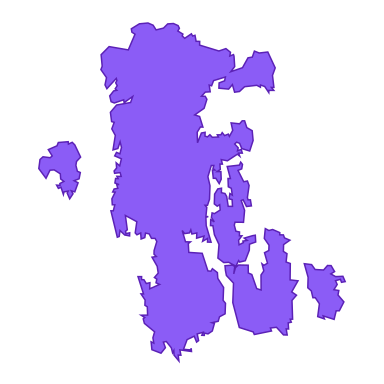 Tjøme nor, Norway
{"feature_id": "86288312B10899957207180", "entity_name": "Tjøme nor", "entity_type": "district", "adm_level": 2, "iso_a3": "NOR", "parent_name": "Norway", "parent_adm1": "", "projection": "equal_earth", "projection_center": [10.411, 59.111], "detail": "fine", "context": "isolated", "style": "filled", "palette": "violet", "viewbox_px": 384, "rotation_deg": 0, "n_neighbors": 0, "source": "geoboundaries", "source_scale": "gbopen_adm2", "svg_char_len": 6013}
<svg xmlns="http://www.w3.org/2000/svg" viewBox="0 0 384 384"><path d="M139.4,23.8L131.3,28.8L131.9,32.2L135.0,34.2L128.3,49.9L109.1,46.6L101.1,54.7L102.2,66.2L100.9,69.6L106.5,77.6L105.0,84.9L106.9,88.7L116.3,78.4L116.9,80.5L115.7,82.8L117.2,85.7L115.2,88.8L116.8,90.3L113.7,90.9L109.7,95.9L111.1,101.7L114.3,103.0L123.7,99.8L124.1,102.6L132.7,96.5L130.6,102.5L116.6,105.0L110.4,112.3L111.6,121.6L114.2,122.3L111.8,128.9L115.3,135.4L113.0,149.9L117.9,148.5L120.1,141.8L121.5,147.4L119.9,153.8L116.5,152.4L114.7,155.9L121.4,158.8L119.7,165.8L116.2,162.8L116.6,168.0L114.1,171.0L114.6,173.3L120.1,172.6L121.2,176.4L116.9,176.3L118.1,178.6L115.6,178.5L114.9,183.0L119.1,184.6L116.7,184.6L117.8,188.3L114.1,189.0L112.7,192.0L115.2,192.1L111.9,198.8L112.3,204.8L114.8,204.8L113.3,210.8L110.9,210.8L117.3,237.2L119.2,236.5L120.0,230.5L124.7,235.0L129.6,235.9L129.7,232.8L126.0,233.6L125.5,231.3L127.3,229.8L125.4,215.5L136.8,221.7L135.2,232.9L136.9,234.8L140.7,233.0L141.1,239.0L144.8,237.6L145.5,233.1L149.2,233.9L151.5,238.4L155.1,238.4L156.8,241.5L154.1,250.5L154.0,254.2L156.3,256.5L152.0,257.2L157.2,266.3L158.2,273.1L154.4,277.5L156.8,279.1L156.0,282.8L159.6,284.4L149.7,288.8L149.9,282.7L146.3,283.5L143.9,279.7L141.5,279.6L141.6,276.6L138.0,276.6L143.5,293.9L141.0,293.9L145.1,300.0L144.9,305.3L147.3,306.8L147.6,315.1L141.1,315.2L144.7,317.5L143.2,318.8L144.4,323.4L154.6,331.8L152.9,337.8L153.8,343.1L151.1,341.8L151.9,349.7L161.0,353.2L165.4,347.7L163.4,342.1L166.3,341.5L171.3,347.8L172.6,352.8L173.8,350.6L174.0,355.1L178.9,361.0L178.2,355.1L180.9,355.2L179.9,349.9L191.5,351.5L191.2,348.3L190.6,349.9L183.5,349.3L187.1,339.6L194.2,336.2L196.6,342.1L198.6,340.6L197.2,333.9L203.1,332.3L201.8,335.3L204.3,335.4L204.3,333.1L208.0,333.9L212.3,331.0L214.4,323.5L212.0,322.7L218.2,321.3L219.5,316.8L225.1,313.8L225.5,303.3L223.1,300.3L223.6,287.5L217.8,278.4L217.4,272.6L212.4,268.7L210.9,271.2L207.9,270.9L202.2,253.3L188.8,252.4L188.3,243.6L190.4,241.9L185.5,241.8L182.2,230.5L184.6,233.6L189.5,232.9L190.8,229.9L191.9,234.0L196.8,233.0L196.6,238.2L204.0,236.1L202.6,241.3L207.6,238.4L207.5,242.1L211.1,242.2L206.2,225.6L205.9,217.3L208.3,216.6L205.9,216.5L206.8,207.5L205.1,205.3L207.5,205.3L209.5,199.3L210.0,185.8L207.9,176.7L211.3,165.5L213.8,165.5L213.0,168.5L214.8,170.0L212.4,170.0L213.3,178.3L215.8,178.3L219.2,183.6L221.2,179.2L220.9,171.6L217.2,171.6L220.3,169.4L219.9,164.1L222.4,164.1L221.3,159.6L227.4,160.8L237.4,154.2L239.7,156.1L238.6,153.1L242.3,153.1L241.2,149.4L237.5,150.8L238.2,147.8L234.7,144.0L236.6,142.2L239.6,143.3L241.8,148.6L249.7,151.0L253.1,140.5L252.2,130.7L246.8,127.6L244.6,120.8L242.2,120.8L239.6,123.8L231.1,122.9L232.7,130.4L229.4,136.4L228.3,134.1L224.6,135.6L222.2,132.6L220.9,134.8L217.3,134.8L218.4,137.0L212.3,137.3L209.9,134.7L207.4,136.9L205.0,136.1L205.1,132.3L201.4,133.0L197.5,142.8L197.2,132.2L200.4,127.0L202.9,127.1L199.6,116.5L194.7,114.9L204.1,108.3L206.9,99.3L205.2,96.3L201.5,96.2L205.3,92.1L210.2,91.8L209.2,85.1L211.6,85.8L213.6,80.6L225.4,77.0L224.6,80.8L219.1,82.9L218.9,88.2L228.6,89.1L232.4,84.6L234.6,92.2L239.5,91.5L244.6,86.7L256.8,85.3L260.4,87.2L260.5,85.0L264.7,86.5L268.8,92.6L268.9,90.4L273.8,90.4L271.4,87.4L273.9,87.4L272.5,75.4L275.2,67.9L267.8,52.0L259.2,53.0L254.4,51.1L252.3,57.1L248.0,57.8L242.5,67.7L230.8,71.7L234.7,66.6L234.0,56.1L233.5,54.6L229.8,56.0L230.5,52.3L225.9,48.6L218.9,51.0L199.6,45.1L199.7,41.4L196.1,41.3L195.0,35.3L192.6,36.0L191.4,33.8L184.7,38.3L182.2,35.9L182.9,34.1L177.8,31.0L179.4,28.3L178.1,25.6L173.4,23.5L167.7,23.9L163.5,28.1L156.1,29.9L153.1,25.2L148.0,23.0L139.4,23.8ZM268.9,230.5L265.3,228.6L264.3,238.4L269.0,245.2L268.8,250.5L264.5,252.7L267.5,263.2L263.9,265.3L262.0,263.8L263.8,270.9L261.0,275.0L261.1,290.0L256.7,288.6L251.8,274.5L248.3,273.0L248.2,265.2L238.5,265.0L235.5,267.6L233.7,273.9L234.8,266.4L232.3,265.1L225.0,265.7L225.4,270.2L226.4,275.5L233.5,283.1L232.8,302.6L239.3,327.5L253.2,331.9L254.3,334.5L271.5,331.0L270.4,328.0L276.5,327.3L283.5,334.9L287.2,335.0L286.2,328.9L288.6,329.0L288.2,322.9L291.3,322.2L290.2,319.2L292.6,319.2L292.0,300.4L296.5,295.2L291.7,291.9L298.0,280.8L290.1,279.9L290.3,263.5L286.1,262.0L287.0,253.7L283.4,251.4L283.6,244.6L289.9,240.2L284.5,237.9L283.4,234.9L279.7,234.8L279.8,232.6L272.6,229.5L268.9,230.5ZM242.5,164.4L240.7,162.1L239.4,165.1L227.2,166.5L230.4,178.5L228.0,178.5L228.3,186.8L231.3,188.3L232.3,195.1L229.9,193.5L229.1,198.8L232.1,199.6L232.5,206.4L228.2,206.3L226.7,196.5L225.0,193.5L221.4,192.7L221.5,188.2L217.8,188.9L214.6,194.1L214.3,203.9L217.2,206.2L219.7,204.7L220.2,210.0L214.5,213.6L212.1,212.9L211.4,217.4L214.3,221.9L210.7,219.6L210.5,225.6L212.9,225.7L214.4,234.7L219.0,244.5L217.9,258.1L223.8,262.6L228.7,262.3L235.9,266.2L238.6,260.6L239.7,262.1L245.3,260.7L249.3,250.2L249.5,244.2L255.7,242.0L255.3,235.2L252.8,235.6L244.2,238.1L247.2,240.4L242.9,241.1L243.4,242.6L239.1,244.8L238.6,240.3L241.9,235.8L239.4,235.8L239.5,232.0L235.9,231.2L234.3,225.2L235.0,222.2L243.5,222.3L244.6,210.3L241.2,200.5L243.1,199.7L246.5,206.5L251.4,205.9L250.4,199.8L248.0,199.8L247.4,197.5L249.1,185.5L247.4,181.0L243.7,181.7L238.0,170.4L241.7,168.9L242.5,164.4ZM315.1,269.5L311.6,264.6L304.3,263.7L308.1,277.3L307.8,287.8L311.3,290.9L312.9,297.7L315.3,297.7L319.4,303.8L317.7,316.6L324.4,318.9L323.2,315.9L334.1,319.4L336.2,310.8L339.3,310.8L343.9,301.9L338.0,295.0L338.8,290.5L333.9,289.7L337.2,284.5L335.5,280.7L340.4,279.3L341.5,282.3L345.2,281.6L342.9,276.3L335.6,276.6L330.8,273.9L334.6,271.6L331.1,265.6L327.5,265.5L323.6,270.0L315.1,269.5ZM68.2,141.7L58.3,142.5L57.0,145.8L48.3,149.6L52.2,155.9L50.2,157.7L43.0,156.8L40.0,159.5L38.8,168.6L46.0,178.3L50.0,170.2L54.2,169.9L60.3,173.8L60.7,179.0L63.9,181.4L59.9,183.5L60.0,185.4L56.6,185.1L58.4,188.4L61.0,187.3L63.4,194.5L64.0,191.9L68.2,191.1L67.2,193.1L69.7,198.8L73.0,193.8L71.3,190.8L74.8,191.9L78.1,182.8L74.1,180.7L79.1,178.8L80.3,172.5L77.4,171.3L75.9,165.4L76.5,161.5L80.6,157.1L74.8,144.9L72.2,142.3L68.4,144.1L68.2,141.7Z" fill="#8b5cf6" stroke="#5b21b6" stroke-width="1.5"/></svg>